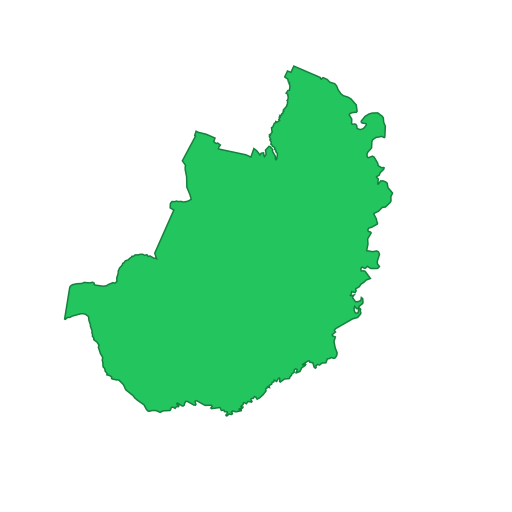 outline of Dau Tieng, Bình Dương, Vietnam, rotated 220°
{"feature_id": "81297802B65073062645065", "entity_name": "Dau Tieng", "entity_type": "district", "adm_level": 2, "iso_a3": "VNM", "parent_name": "Vietnam", "parent_adm1": "Bình Dương", "projection": "mercator", "projection_center": [106.434, 11.318], "detail": "fine", "context": "isolated", "style": "filled", "palette": "green", "viewbox_px": 512, "rotation_deg": 220, "n_neighbors": 0, "source": "geoboundaries", "source_scale": "gbopen_adm2", "svg_char_len": 6106}
<svg xmlns="http://www.w3.org/2000/svg" viewBox="0 0 512 512"><g transform="rotate(220 256 256)"><path d="M344.1,184.4L346.3,182.3L346.6,181.4L349.3,179.2L349.7,176.9L350.9,176.0L350.7,174.8L351.4,172.5L351.2,171.2L353.0,168.3L352.8,165.9L353.4,164.7L352.6,162.8L352.8,159.2L351.8,155.8L350.5,154.3L348.6,149.7L346.2,147.1L346.6,144.5L348.5,143.6L350.9,139.0L351.3,137.2L353.8,134.5L360.6,130.3L361.8,130.2L362.5,131.2L364.3,130.9L366.3,128.3L370.6,125.4L371.7,123.1L375.4,119.6L377.8,116.6L378.6,114.8L378.8,113.2L378.2,111.7L362.1,84.7L361.4,84.8L360.8,87.8L359.2,89.2L358.0,92.1L353.1,99.1L351.3,100.7L349.4,101.7L345.5,102.0L342.6,99.3L338.4,96.7L337.7,95.7L333.6,93.4L332.3,91.6L330.8,90.9L329.8,89.4L327.5,89.0L327.0,88.0L326.3,87.6L322.6,87.8L319.2,86.9L318.1,84.8L312.2,81.1L308.4,79.9L306.7,77.2L305.2,76.3L301.9,72.8L299.4,72.5L297.7,70.9L294.2,70.2L293.9,69.1L291.3,70.3L288.9,70.6L288.0,69.4L287.2,69.3L283.0,71.5L282.5,72.3L280.8,72.8L274.8,72.2L269.8,69.8L260.2,70.0L258.1,69.4L254.2,69.3L246.2,70.0L241.2,68.0L239.3,67.8L238.2,68.2L236.1,71.0L233.1,73.4L228.9,74.6L227.6,77.7L222.8,82.1L222.5,82.9L223.3,84.8L223.2,86.0L222.5,86.8L220.0,87.3L220.2,89.4L218.5,90.8L218.8,91.7L221.7,91.7L221.8,92.6L220.8,93.1L216.3,93.6L215.4,94.2L215.1,95.8L216.2,97.7L216.2,99.8L214.6,100.6L208.0,101.8L206.5,102.7L206.6,103.7L209.2,105.4L208.8,106.9L199.0,108.8L194.4,112.9L192.9,112.7L192.9,110.5L191.9,110.5L186.2,116.8L183.3,115.4L181.4,117.3L180.1,116.5L177.8,118.2L176.9,117.0L176.8,114.7L175.9,114.5L175.3,115.3L175.1,117.7L172.9,118.8L172.6,120.0L173.2,120.5L174.5,120.5L174.5,122.1L171.2,123.7L167.8,128.1L168.4,128.7L170.0,127.6L170.6,127.9L170.5,128.5L168.8,130.3L168.6,131.6L168.9,131.9L170.2,130.9L170.9,131.2L170.4,133.8L171.2,135.5L170.8,136.1L168.4,136.6L168.6,139.4L165.5,141.2L165.6,142.1L167.5,142.5L167.9,143.1L167.7,144.0L166.5,145.3L166.9,147.2L165.6,147.8L163.1,147.0L162.0,149.9L161.4,154.2L161.6,159.1L163.2,160.4L162.7,161.9L163.2,163.1L161.1,163.9L162.7,165.2L161.6,167.8L162.3,169.4L161.5,171.1L162.3,172.7L159.6,173.1L160.1,176.7L159.8,177.5L158.9,177.3L157.3,175.1L156.4,175.0L155.1,180.1L151.7,183.5L152.3,185.7L152.1,187.3L152.7,188.7L152.0,191.4L153.4,193.0L153.2,195.1L151.5,195.5L150.8,194.2L150.6,192.5L150.1,192.2L148.1,195.8L149.1,199.7L148.0,203.5L148.2,204.9L148.8,204.9L150.0,202.7L150.6,202.9L148.8,208.7L147.9,209.9L146.5,209.2L143.8,210.7L140.0,208.2L138.4,208.2L138.3,209.3L139.5,210.3L139.2,212.3L137.2,213.4L136.6,216.5L133.8,219.1L135.2,223.1L133.7,224.8L133.2,226.5L131.0,227.4L129.9,228.6L130.1,231.5L131.6,234.0L136.2,236.5L141.2,240.5L143.2,245.0L146.0,244.1L147.1,244.7L146.2,248.9L147.9,249.2L148.3,249.8L148.3,251.6L141.6,269.9L138.6,274.3L138.6,279.0L139.3,280.0L141.0,281.1L141.5,282.4L143.1,282.7L143.4,282.5L142.8,280.8L141.3,278.2L142.2,276.8L143.6,276.3L145.6,277.3L147.3,279.0L148.0,280.9L145.2,280.3L144.2,280.9L144.6,284.1L143.8,288.0L144.0,289.0L146.8,291.9L148.6,291.9L147.4,289.9L147.3,288.9L148.4,286.8L150.2,284.9L155.0,286.1L155.7,286.8L155.8,289.2L157.5,286.7L158.4,286.4L158.7,288.4L159.8,290.2L156.6,291.6L156.9,293.7L158.4,294.5L158.5,295.1L157.2,298.6L157.4,302.0L156.5,305.0L156.1,308.5L153.9,312.3L162.5,314.4L163.6,314.1L165.8,312.2L167.2,313.2L167.7,314.8L167.6,315.8L165.3,316.2L164.4,316.9L164.0,319.8L160.2,320.1L155.2,324.2L154.7,325.3L154.7,327.3L157.6,327.9L158.8,328.8L159.9,330.4L162.5,336.7L164.9,337.9L166.8,337.5L169.3,334.4L174.7,331.2L177.8,337.0L181.5,340.9L182.6,347.7L183.7,348.0L185.7,347.0L187.3,348.0L187.5,350.0L185.9,352.3L183.6,358.4L184.1,359.4L185.7,360.1L187.5,361.7L192.6,363.8L193.0,364.5L190.9,369.1L190.5,374.4L188.3,376.7L187.6,383.4L188.0,385.0L190.8,388.1L191.8,392.0L198.9,393.2L202.3,396.1L204.3,396.1L206.8,395.3L208.8,393.7L208.5,389.8L209.1,389.4L211.8,393.6L214.3,393.8L214.7,394.3L213.6,397.0L214.4,399.8L213.9,404.4L214.5,405.9L215.1,405.8L216.6,404.3L220.4,403.8L222.6,405.4L229.1,407.7L231.0,407.3L232.8,404.0L233.6,403.4L234.6,403.5L236.4,405.3L237.1,407.1L236.9,413.0L240.8,418.2L241.3,420.1L240.4,423.7L236.6,428.4L233.9,429.1L233.7,429.8L240.3,438.5L244.1,440.5L247.3,443.7L249.1,444.2L254.7,443.9L258.8,440.3L260.7,437.5L262.2,433.1L262.1,427.1L261.6,426.3L260.3,426.0L256.9,428.1L256.0,427.7L255.6,426.3L255.6,423.4L256.2,421.4L257.4,419.9L259.6,418.9L260.8,418.9L262.7,420.6L264.2,421.0L265.1,420.7L266.8,418.9L267.9,418.9L270.7,422.5L275.4,424.1L275.5,425.8L274.1,428.1L271.5,430.6L271.6,431.9L276.4,436.2L284.3,437.4L287.7,436.8L292.1,435.0L295.0,434.8L300.1,436.2L303.8,438.2L306.5,438.6L311.2,436.6L314.9,437.0L319.3,435.8L319.6,433.4L320.6,433.4L321.4,434.1L349.1,425.8L347.3,419.1L350.8,418.0L349.1,411.6L345.3,411.9L343.2,410.2L341.5,410.2L341.5,409.3L339.3,408.2L336.9,404.4L337.9,403.3L337.6,400.1L335.4,400.3L334.6,399.1L333.9,399.0L332.3,396.7L332.2,395.1L331.3,394.9L329.4,392.3L329.4,391.3L328.8,390.4L328.9,385.3L327.8,384.9L328.0,383.8L327.2,382.8L327.7,381.5L327.0,380.3L328.1,379.1L327.3,378.8L327.5,378.2L326.7,377.7L327.3,377.1L326.3,376.2L326.2,375.1L325.1,375.0L325.8,372.2L327.3,371.7L326.6,370.8L327.3,369.5L326.1,365.6L326.6,364.3L324.2,361.9L323.4,361.7L323.1,359.1L323.6,357.6L322.5,357.4L322.9,356.5L322.2,355.9L319.8,354.9L320.0,353.9L317.4,353.0L316.5,351.2L315.3,351.3L314.1,350.7L311.6,351.1L311.0,350.9L310.2,349.7L308.9,349.9L307.7,348.6L305.5,348.3L303.5,345.6L303.6,344.6L302.9,344.3L302.5,343.4L302.5,342.6L303.1,342.6L305.6,345.0L310.6,346.7L311.7,348.3L315.3,348.8L316.5,348.4L316.8,343.2L313.7,340.6L313.4,337.6L314.5,338.0L316.5,339.9L318.1,338.1L317.9,336.0L323.1,337.1L326.7,337.0L323.5,328.5L328.9,327.0L353.5,313.9L354.5,315.6L354.6,318.1L358.0,317.9L358.9,316.5L361.9,316.4L363.2,320.0L372.6,317.2L379.8,313.6L382.1,313.1L380.4,308.9L379.4,309.0L373.6,281.6L368.1,280.1L367.6,278.8L365.8,276.7L360.0,272.0L353.1,264.2L346.1,260.6L342.0,257.7L343.5,254.1L346.1,250.8L348.6,249.6L350.3,247.9L352.2,247.0L353.3,245.3L355.4,243.7L355.3,241.1L352.7,237.7L348.5,238.4L335.4,193.1L330.5,190.0L331.8,189.7L332.6,188.7L337.2,187.9L338.2,186.4L340.3,186.9L341.7,185.0L344.1,184.4Z" fill="#22c55e" stroke="#15803d" stroke-width="1.5"/></g></svg>